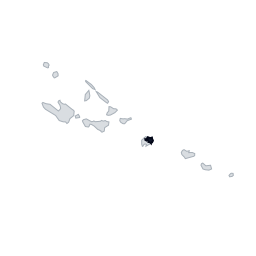 Eton, Shefa, Vanuatu (highlighted), rotated 320°
{"feature_id": "77236927B17135940935596", "entity_name": "Eton", "entity_type": "district", "adm_level": 2, "iso_a3": "VUT", "parent_name": "Vanuatu", "parent_adm1": "Shefa", "projection": "orthographic", "projection_center": [168.474, -17.706], "detail": "fine", "context": "in_parent", "style": "filled", "palette": "ink", "viewbox_px": 256, "rotation_deg": 320, "n_neighbors": 0, "source": "geoboundaries", "source_scale": "gbopen_adm2", "svg_char_len": 4245}
<svg xmlns="http://www.w3.org/2000/svg" viewBox="0 0 256 256"><g transform="rotate(320 128 128)"><path d="M83.5,59.7L85.6,70.2L87.9,70.1L89.1,69.6L90.4,67.1L91.0,63.2L92.2,62.6L93.7,63.0L93.0,64.3L93.5,67.4L94.7,69.1L95.5,69.4L97.1,77.5L97.6,79.2L97.6,80.5L94.4,83.6L89.6,83.5L86.2,85.4L84.1,85.3L84.1,83.2L82.3,81.6L80.1,78.1L80.6,71.9L76.8,60.5L76.7,57.6L78.0,53.8L79.2,53.7L80.9,56.8L83.5,59.7ZM104.2,99.9L105.7,100.6L106.4,100.6L106.9,102.1L111.3,105.2L112.5,105.1L113.5,106.8L115.4,107.7L115.9,109.4L117.3,111.1L114.9,113.3L110.4,112.7L107.8,115.1L105.4,114.5L105.0,113.3L105.4,112.8L103.9,109.6L103.3,104.7L102.3,101.8L101.3,100.6L99.2,101.7L98.3,101.8L96.3,99.5L97.2,94.6L97.7,93.2L99.3,93.0L101.9,94.2L104.2,99.9ZM162.7,190.5L161.3,192.0L160.1,191.9L152.2,188.3L152.5,186.8L152.2,183.0L153.1,181.0L155.3,180.2L157.0,180.6L158.0,183.6L160.3,184.8L158.7,185.9L161.5,188.1L162.7,190.5ZM135.9,145.9L138.9,150.4L140.1,150.8L138.3,154.0L134.5,154.3L130.0,153.5L131.6,152.4L130.8,151.1L129.4,150.9L127.9,151.5L127.2,151.3L128.1,149.2L130.6,146.2L131.4,146.0L132.0,146.0L132.7,146.2L135.9,145.9ZM131.3,107.5L127.8,107.8L122.9,106.8L120.9,105.5L120.1,104.1L121.8,103.0L124.2,102.6L127.2,99.4L128.3,100.6L129.4,104.1L130.7,105.2L131.4,106.3L131.3,107.5ZM167.3,209.6L165.7,213.1L162.9,212.3L160.4,209.7L159.1,207.6L160.0,203.4L161.3,202.6L162.7,202.9L163.3,207.0L167.3,209.6ZM128.7,95.8L128.2,95.9L127.7,94.4L126.0,86.6L127.1,79.6L127.8,81.1L130.4,93.3L130.1,95.3L128.7,95.8ZM135.9,121.6L136.8,122.0L136.3,123.4L132.1,121.9L128.8,122.5L127.8,122.4L126.8,121.2L126.1,118.8L126.4,117.1L127.8,115.9L128.3,115.7L129.4,117.1L130.4,118.1L131.3,118.6L133.4,120.9L135.9,121.6ZM119.5,78.8L117.4,80.3L113.6,80.2L112.2,79.4L116.8,74.9L122.2,74.0L119.5,78.8ZM109.3,41.5L108.0,43.1L104.5,42.6L103.7,42.2L103.9,39.5L104.8,38.6L106.8,37.7L109.7,39.0L109.3,41.5ZM106.3,30.3L105.8,30.6L105.1,30.3L103.3,26.5L103.7,25.2L106.0,24.0L108.1,26.1L108.3,27.3L108.3,28.3L107.9,29.2L106.6,29.5L106.3,30.3ZM128.0,75.4L127.5,77.4L126.2,75.1L125.4,65.5L125.7,64.6L126.3,64.5L127.9,71.2L128.0,75.4ZM179.3,230.3L178.2,232.0L176.6,232.0L174.5,230.7L174.9,229.2L177.3,228.9L178.0,229.0L179.3,230.3ZM98.3,88.1L97.7,88.9L94.4,86.9L95.2,84.9L98.7,85.6L98.3,88.1Z" fill="#d9dde1" stroke="#a8b0b8" stroke-width="1"/><path d="M134.9,151.6L135.0,151.6L135.1,151.8L135.3,151.9L135.3,152.0L135.2,152.0L135.3,152.1L135.2,152.3L135.3,152.4L135.3,152.5L135.2,152.5L135.3,152.7L135.2,152.7L135.3,152.8L135.3,153.0L135.4,153.3L135.5,153.4L135.5,153.5L135.7,153.8L135.7,154.2L135.6,154.3L135.6,154.6L135.6,154.8L135.7,154.7L135.9,154.6L136.0,154.5L136.0,154.4L136.0,154.5L136.1,154.4L136.1,154.1L136.0,153.9L136.0,154.0L136.2,154.3L136.2,154.5L136.3,154.5L136.5,154.4L136.7,154.5L136.8,154.5L137.0,154.7L137.4,154.7L137.5,154.6L137.6,154.4L137.6,154.2L137.7,154.3L137.8,154.3L138.0,154.3L138.3,154.2L138.5,154.1L138.8,154.1L139.0,154.0L139.1,153.9L139.3,153.6L139.3,153.4L139.4,153.2L139.3,152.9L139.4,152.7L139.5,152.6L139.5,152.3L139.4,152.3L139.4,152.2L139.5,152.1L139.6,151.9L139.8,151.8L139.9,151.6L140.1,151.3L140.1,151.2L140.3,150.9L140.2,150.9L140.3,150.9L140.4,150.7L140.4,150.8L140.4,150.7L140.1,150.4L139.9,150.4L139.6,150.4L139.5,150.5L139.4,150.4L139.1,150.3L138.9,150.4L138.9,150.2L139.0,150.1L138.9,150.0L138.9,149.9L138.7,149.8L138.7,149.7L138.4,149.5L138.4,149.4L138.2,149.4L138.2,149.2L137.9,149.1L137.7,149.0L137.7,148.9L137.8,148.9L137.7,148.8L137.7,148.7L137.6,148.4L137.7,148.2L137.5,147.9L137.5,147.6L137.4,147.5L137.2,147.5L137.0,147.8L136.9,147.8L136.9,147.7L136.6,147.8L136.2,147.8L136.0,148.0L135.9,148.0L135.6,148.2L135.6,148.3L135.5,148.2L135.4,148.2L135.3,148.3L135.2,148.3L134.9,148.3L134.8,148.2L134.7,148.2L134.5,147.9L134.5,148.0L134.4,148.0L134.4,147.9L134.2,147.8L133.9,147.8L133.7,147.8L133.5,148.0L133.4,148.3L133.4,148.5L133.5,148.5L133.8,148.6L133.9,148.8L134.0,148.9L134.0,149.0L134.1,148.9L134.3,149.0L134.5,149.1L134.8,149.3L134.8,149.5L134.8,149.4L135.0,149.4L135.3,149.3L135.5,149.4L135.5,149.5L135.4,149.6L135.3,149.8L135.2,149.9L135.2,150.0L135.3,150.0L135.2,150.1L134.9,150.1L134.8,150.3L134.9,150.5L135.0,150.5L135.1,150.8L135.1,151.0L134.9,151.3L135.0,151.3L134.9,151.5L134.9,151.6Z" fill="#0f172a" stroke="#020617" stroke-width="1.5"/></g></svg>